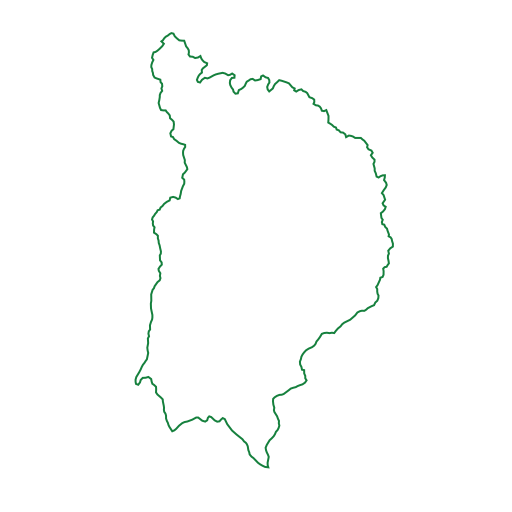 São João da Ponte, Minas Gerais, Brazil, rotated 279°
{"feature_id": "56859067B41179975057544", "entity_name": "São João da Ponte", "entity_type": "district", "adm_level": 2, "iso_a3": "BRA", "parent_name": "Brazil", "parent_adm1": "Minas Gerais", "projection": "albers", "projection_center": [-43.884, -15.912], "detail": "fine", "context": "isolated", "style": "outline", "palette": "green", "viewbox_px": 512, "rotation_deg": 279, "n_neighbors": 0, "source": "geoboundaries", "source_scale": "gbopen_adm2", "svg_char_len": 6094}
<svg xmlns="http://www.w3.org/2000/svg" viewBox="0 0 512 512"><g transform="rotate(279 256 256)"><path d="M440.9,172.6L442.5,171.1L444.8,169.8L443.0,167.7L442.0,164.9L442.9,162.4L442.7,159.6L444.5,157.8L446.6,157.9L448.7,157.4L450.4,156.1L452.1,154.2L457.4,151.4L457.1,149.1L457.0,146.5L458.6,143.8L460.3,141.4L462.7,139.7L462.9,137.6L461.8,136.1L459.9,134.4L458.5,132.6L456.7,131.3L454.5,130.3L453.2,129.0L451.2,131.8L448.6,130.6L445.2,128.1L443.2,126.4L441.8,124.8L441.1,123.0L438.3,122.5L435.5,122.3L433.6,124.0L431.0,123.2L428.3,122.8L426.2,123.0L424.4,124.2L422.4,124.6L420.8,125.5L418.7,126.1L416.4,127.9L415.9,129.8L415.2,133.9L412.7,134.6L411.5,136.2L409.0,136.9L406.7,136.4L404.4,137.5L402.1,136.2L399.9,135.8L397.9,136.1L394.9,136.1L391.9,135.9L387.3,138.0L385.3,139.4L385.3,141.6L385.7,144.0L384.3,145.3L383.0,147.1L381.4,148.8L378.6,149.6L377.4,151.7L375.9,153.6L373.1,154.4L368.3,154.6L366.6,153.1L363.8,152.2L360.8,153.4L360.5,155.4L358.6,156.9L357.4,159.4L355.7,162.2L355.2,164.3L355.0,166.7L354.7,168.6L352.6,169.0L350.6,168.1L348.4,167.6L346.4,167.8L344.3,168.3L339.6,170.7L337.0,171.0L332.9,173.9L331.0,174.6L327.2,172.6L325.3,171.1L321.7,170.9L320.2,173.1L318.3,173.6L316.1,173.8L313.5,172.9L308.6,171.9L305.6,171.9L302.9,171.6L301.0,171.6L300.0,169.9L301.1,167.5L301.4,164.9L300.2,162.2L297.4,162.0L295.6,159.5L293.1,157.1L290.7,155.8L289.0,154.2L286.7,153.6L285.8,151.7L283.8,151.1L281.8,149.8L279.8,149.0L278.0,147.9L275.8,147.6L274.1,148.9L272.0,149.0L270.0,149.6L268.5,151.3L266.3,151.2L263.1,151.6L262.0,154.1L260.7,155.9L258.1,156.3L255.9,157.4L253.7,157.9L251.5,159.1L248.5,160.2L245.6,161.4L243.4,161.6L241.6,160.9L236.7,161.9L234.9,163.8L232.7,164.3L230.5,162.8L228.0,161.7L226.2,162.3L224.0,164.2L221.3,164.2L219.2,165.1L216.9,164.7L214.8,162.8L210.3,160.6L208.1,160.2L206.5,159.2L201.7,158.5L195.4,159.6L192.5,159.6L187.8,160.5L181.5,162.9L178.9,163.3L177.0,163.3L174.4,162.6L171.0,162.1L166.8,162.9L164.9,161.9L162.4,161.9L160.0,162.9L157.7,162.1L153.1,163.1L148.4,163.0L145.6,163.8L143.4,164.7L136.9,164.4L134.8,163.3L133.1,162.6L130.8,161.3L128.5,160.5L126.1,159.9L123.1,158.9L117.7,156.7L115.0,156.4L112.7,156.8L110.9,157.5L110.4,159.8L113.0,161.2L115.5,161.5L117.9,163.2L118.5,166.1L119.7,168.6L118.1,171.7L115.6,172.6L113.6,173.6L112.7,175.5L111.2,177.7L109.0,178.2L105.6,178.6L103.8,180.3L101.3,184.3L99.8,186.3L97.7,186.8L93.7,188.3L91.8,188.9L89.7,189.1L87.8,189.7L86.2,191.2L84.3,192.1L81.4,192.6L79.1,193.8L77.5,195.0L75.4,196.0L73.8,197.1L69.8,200.7L71.0,202.6L72.8,204.2L76.3,206.5L79.4,209.3L80.8,211.4L81.8,214.1L84.4,218.7L87.1,222.2L87.4,224.2L84.9,228.7L84.5,231.7L86.1,233.5L88.6,233.8L90.3,234.9L89.9,237.0L87.2,240.9L86.3,243.6L87.0,245.8L88.8,246.9L90.7,248.5L90.0,250.7L85.4,253.9L79.9,259.6L76.7,264.6L72.9,271.3L71.0,273.2L70.0,275.1L68.7,276.4L66.8,277.6L63.1,278.8L61.1,280.0L59.0,280.8L57.1,283.0L56.1,285.0L52.1,290.3L50.9,292.6L49.9,295.2L49.1,297.9L49.2,301.2L51.1,300.3L53.6,299.8L59.6,300.0L61.6,298.9L63.7,297.4L65.7,296.3L68.1,295.5L71.1,296.2L76.2,298.3L78.3,300.0L80.8,301.7L83.0,302.6L85.5,303.2L87.4,304.5L89.5,305.2L92.1,305.6L94.4,304.7L96.7,304.5L98.6,303.2L101.0,301.9L104.9,298.5L106.6,297.8L109.0,297.8L111.9,296.4L115.2,295.5L117.6,295.3L119.3,296.5L121.1,298.5L122.5,300.9L123.0,303.1L124.0,304.9L128.5,309.3L130.5,311.1L131.7,313.4L132.7,315.8L134.0,317.4L135.3,319.6L136.5,322.0L138.6,324.2L141.1,325.4L142.9,323.8L145.3,323.4L147.5,322.0L150.8,321.4L150.9,319.2L153.6,318.2L155.7,316.6L158.5,315.9L161.3,316.5L163.6,316.6L166.0,317.4L168.3,318.6L170.7,320.2L172.8,322.6L174.7,325.6L176.6,327.5L178.6,328.6L181.0,329.1L183.3,330.5L186.1,331.9L189.4,333.2L190.6,335.4L191.3,338.0L191.3,340.7L192.1,343.0L192.1,345.3L194.6,346.6L197.3,348.3L199.7,350.5L202.1,351.8L204.0,353.6L207.8,359.0L212.8,363.2L216.1,365.0L217.7,367.2L218.5,369.1L218.8,371.6L220.3,373.3L221.9,374.5L224.5,378.0L225.9,380.3L228.7,381.1L230.8,382.8L233.5,383.4L236.1,383.2L237.7,382.0L239.8,381.3L242.3,380.9L244.1,379.5L246.2,380.6L252.0,382.2L254.0,382.2L255.1,384.3L257.4,384.9L261.0,384.4L263.4,383.6L265.1,384.8L265.8,386.7L267.6,387.4L269.5,388.4L271.8,387.7L274.6,386.6L277.0,386.3L279.1,386.9L281.9,385.8L284.6,387.4L286.7,389.7L289.6,389.3L292.0,388.1L294.1,387.3L295.5,386.0L296.2,383.9L298.0,384.0L301.7,381.9L303.5,381.1L304.9,379.1L307.0,377.8L307.2,375.8L309.2,375.0L311.6,375.5L313.3,373.9L317.8,372.6L319.7,374.4L322.4,376.0L324.9,376.4L325.9,374.1L327.9,372.8L331.8,374.7L336.1,372.5L337.8,370.5L341.1,371.9L344.0,373.4L346.6,374.0L348.7,373.0L351.0,370.6L353.7,370.9L355.9,370.7L355.5,368.6L354.3,366.5L352.7,364.8L353.3,362.7L356.4,361.4L358.7,359.9L361.1,359.5L365.3,357.6L367.6,358.3L369.7,358.0L371.5,355.4L373.5,353.7L376.2,355.1L378.2,353.5L379.0,350.4L380.8,348.7L383.0,348.9L386.8,344.9L387.8,342.9L389.0,341.1L388.1,335.5L389.2,333.0L389.5,331.0L389.5,328.9L387.5,326.4L390.1,325.2L391.5,322.7L391.4,320.2L393.1,318.1L393.5,315.9L395.4,314.9L395.9,312.6L397.3,310.7L398.2,308.8L399.1,306.5L402.4,306.2L405.7,305.7L411.1,302.6L409.7,300.5L409.8,298.3L412.0,297.1L413.5,295.6L414.3,293.7L414.2,291.6L415.3,289.0L417.2,289.5L419.6,289.0L420.7,286.8L421.2,283.9L424.9,281.1L425.9,279.3L426.3,276.7L427.7,274.8L426.6,272.2L424.7,270.0L425.6,267.8L427.5,268.0L428.3,265.5L431.7,261.5L432.3,258.9L433.1,253.9L433.3,251.4L431.0,249.7L428.8,247.9L426.6,247.0L424.1,246.4L420.6,243.3L422.3,241.5L424.7,240.6L427.5,241.2L429.4,242.1L431.8,241.6L433.7,240.1L434.0,237.5L435.4,234.7L434.2,233.0L431.4,232.9L430.0,230.1L429.2,227.6L430.4,225.0L429.7,222.9L428.3,221.5L426.7,219.6L424.6,218.9L422.2,218.3L420.1,216.7L418.6,215.2L417.2,213.1L413.8,212.6L413.1,210.3L414.8,208.1L416.8,207.3L418.5,205.5L420.9,203.8L422.8,203.1L425.6,203.0L428.1,204.3L428.7,206.8L431.2,206.6L432.5,203.9L430.9,202.0L430.2,200.2L431.4,197.1L431.7,194.4L430.1,190.2L429.0,187.8L427.8,185.9L424.9,182.2L423.8,180.3L424.0,177.6L421.6,175.1L418.6,173.6L418.9,171.3L420.7,170.1L423.2,170.6L425.3,171.3L427.1,172.4L428.7,173.9L431.2,173.3L432.9,174.1L436.7,177.6L438.7,177.6L439.5,174.5L440.9,172.6Z" fill="none" stroke="#15803d" stroke-width="2"/></g></svg>